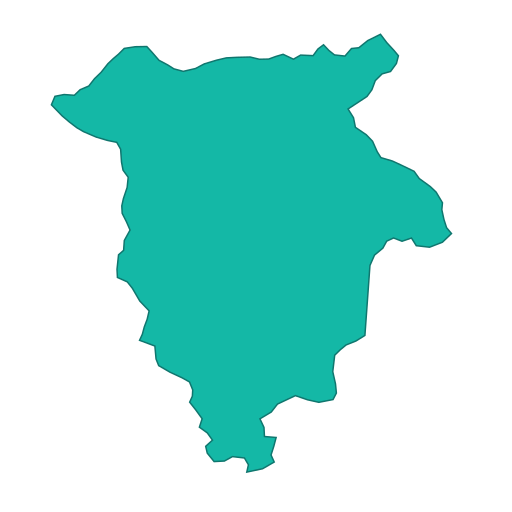 Jandaia do Sul, Paraná, Brazil (Robinson projection), rotated 267°
{"feature_id": "56859067B22052516626747", "entity_name": "Jandaia do Sul", "entity_type": "district", "adm_level": 2, "iso_a3": "BRA", "parent_name": "Brazil", "parent_adm1": "Paraná", "projection": "robinson", "projection_center": [-51.684, -23.629], "detail": "fine", "context": "isolated", "style": "filled", "palette": "teal", "viewbox_px": 512, "rotation_deg": 267, "n_neighbors": 0, "source": "geoboundaries", "source_scale": "gbopen_adm2", "svg_char_len": 1976}
<svg xmlns="http://www.w3.org/2000/svg" viewBox="0 0 512 512"><g transform="rotate(267 256 256)"><path d="M268.2,452.4L274.3,447.8L282.6,445.6L292.5,444.0L299.4,445.0L310.4,439.2L316.1,433.8L324.8,423.1L332.3,418.3L339.1,405.9L343.7,397.2L347.7,385.9L353.8,382.5L364.5,378.4L371.3,372.5L379.3,362.0L389.0,360.6L398.0,355.6L409.5,375.2L415.9,380.4L424.9,384.3L431.3,391.5L433.2,400.0L440.9,406.3L448.5,408.7L454.0,404.6L462.2,397.8L470.9,391.9L465.3,378.9L458.6,369.6L458.2,362.2L451.0,355.3L452.7,344.9L457.5,339.5L463.4,334.5L459.5,328.7L453.1,323.5L454.3,311.1L450.6,303.7L456.0,293.6L454.3,286.5L452.0,278.9L452.3,269.7L455.0,260.6L455.4,247.1L455.4,236.7L453.6,226.8L450.6,214.5L446.4,205.4L444.2,193.0L447.2,183.8L451.4,177.9L456.5,169.4L464.7,163.0L470.9,157.9L471.3,146.4L470.2,135.3L464.7,129.2L460.6,123.8L455.8,118.2L447.5,110.9L441.6,104.1L434.5,97.9L431.3,89.1L426.0,83.0L427.3,72.8L426.0,63.6L417.7,59.6L406.1,69.7L399.5,76.7L393.4,83.9L389.2,90.3L383.1,102.7L379.2,113.7L376.8,122.9L369.7,126.4L356.9,126.6L348.7,127.7L341.3,132.5L331.2,130.9L320.3,126.6L313.1,124.6L305.6,124.6L297.0,128.4L288.5,131.6L278.4,125.3L268.6,124.1L264.4,118.8L250.0,116.5L241.8,116.5L236.9,126.1L230.3,130.8L217.1,137.6L206.8,146.4L198.5,144.0L190.9,140.7L183.8,138.4L177.9,135.3L171.4,150.3L158.4,150.8L151.6,153.1L144.3,164.3L138.3,175.7L133.7,183.0L125.6,185.8L119.3,185.1L113.5,182.1L105.6,187.7L96.3,193.7L88.0,190.5L81.9,198.1L74.4,202.9L68.6,195.8L61.7,197.0L52.9,203.4L52.9,213.7L56.9,222.0L54.9,233.9L47.9,237.5L40.7,235.5L43.2,251.4L49.3,263.4L56.5,260.6L65.0,263.8L73.7,266.6L75.3,255.0L84.4,255.0L93.2,251.4L99.4,263.1L107.0,269.7L114.5,288.0L109.7,300.0L106.6,311.1L108.6,325.4L114.9,329.1L124.1,328.7L136.5,326.6L152.8,329.4L158.0,335.3L162.5,341.4L165.9,351.4L171.0,360.6L240.6,369.3L250.7,374.4L257.2,383.1L264.0,387.3L266.8,394.3L263.1,402.6L265.8,412.2L257.9,416.6L255.7,429.8L260.0,442.9L268.2,452.4Z" fill="#14b8a6" stroke="#0f766e" stroke-width="1.5"/></g></svg>